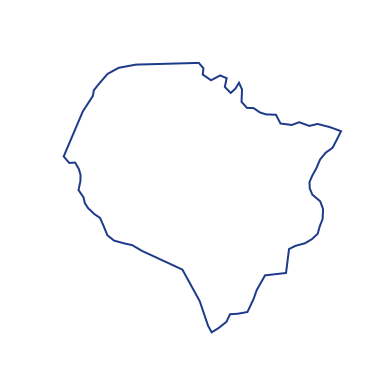 Assunção, Paraíba, Brazil (orthographic projection), rotated 293°
{"feature_id": "56859067B95091211309862", "entity_name": "Assunção", "entity_type": "district", "adm_level": 2, "iso_a3": "BRA", "parent_name": "Brazil", "parent_adm1": "Paraíba", "projection": "orthographic", "projection_center": [-36.706, -7.073], "detail": "fine", "context": "isolated", "style": "outline", "palette": "blue", "viewbox_px": 384, "rotation_deg": 293, "n_neighbors": 0, "source": "geoboundaries", "source_scale": "gbopen_adm2", "svg_char_len": 1114}
<svg xmlns="http://www.w3.org/2000/svg" viewBox="0 0 384 384"><g transform="rotate(293 192 192)"><path d="M277.7,76.0L267.7,68.1L253.9,63.7L247.3,61.9L241.6,63.2L223.4,60.0L174.6,60.0L170.8,67.6L173.4,72.9L169.0,78.8L164.2,82.7L158.5,85.0L149.4,86.8L144.8,94.1L139.8,97.8L136.6,102.6L133.5,110.8L132.2,117.5L126.0,124.1L119.1,131.0L116.8,139.3L118.2,149.6L119.7,157.6L118.2,169.5L116.8,213.5L94.6,241.7L75.2,259.0L70.5,264.9L76.8,269.4L85.9,274.4L94.4,274.8L97.8,281.7L103.2,289.9L117.4,290.5L127.0,289.9L143.8,291.8L154.2,310.2L177.4,303.6L182.8,308.2L189.0,316.1L195.6,320.9L202.7,324.0L210.3,323.0L218.1,322.8L227.5,319.3L233.5,313.7L236.6,303.8L241.3,299.0L247.0,296.3L253.6,296.3L262.6,297.2L272.0,297.2L280.2,299.6L287.7,304.1L296.1,304.8L306.2,305.4L305.6,293.7L303.7,281.0L298.7,274.2L298.1,263.4L292.7,257.7L289.6,246.7L295.9,239.1L292.3,229.6L291.8,223.2L293.3,215.9L290.9,209.7L294.3,202.4L305.9,198.0L310.9,192.6L303.9,191.5L298.3,188.9L301.5,181.2L310.3,179.4L310.3,172.4L302.3,165.9L304.3,156.0L310.3,154.2L313.5,147.8L287.3,90.5L277.7,76.0Z" fill="none" stroke="#1e3a8a" stroke-width="2"/></g></svg>